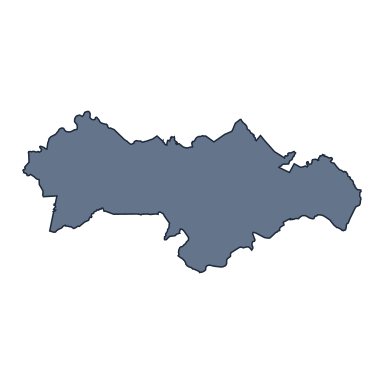 Jalpan, Puebla, Mexico
{"feature_id": "50627088B95329536813839", "entity_name": "Jalpan", "entity_type": "district", "adm_level": 2, "iso_a3": "MEX", "parent_name": "Mexico", "parent_adm1": "Puebla", "projection": "albers", "projection_center": [-97.872, 20.452], "detail": "fine", "context": "isolated", "style": "filled", "palette": "slate", "viewbox_px": 384, "rotation_deg": 0, "n_neighbors": 0, "source": "geoboundaries", "source_scale": "gbopen_adm2", "svg_char_len": 5999}
<svg xmlns="http://www.w3.org/2000/svg" viewBox="0 0 384 384"><path d="M23.7,172.6L26.5,173.7L27.1,175.4L28.0,175.7L28.9,175.5L30.6,174.4L34.0,176.6L36.5,178.9L39.1,179.6L39.3,184.5L42.8,190.6L43.0,191.4L42.8,195.3L43.4,196.7L56.9,195.9L55.2,204.1L54.3,204.0L53.9,205.0L55.0,205.5L55.7,206.8L54.2,208.5L54.3,208.8L53.5,209.4L54.3,210.3L55.6,210.2L55.3,210.7L53.3,211.6L53.6,211.9L49.7,231.0L53.7,232.2L55.0,232.2L56.0,231.6L56.3,230.9L58.7,229.2L61.0,228.3L62.4,227.3L62.7,226.4L65.0,225.2L65.4,225.3L65.5,226.0L67.6,226.1L69.9,226.8L70.9,226.6L73.6,228.5L75.1,228.0L77.9,226.2L79.4,226.4L84.5,222.1L88.6,220.3L89.2,218.6L90.1,217.1L91.5,217.4L91.8,216.6L91.3,215.1L91.7,213.9L93.5,213.4L94.2,211.9L96.7,210.7L97.0,209.8L98.8,210.1L99.4,209.0L101.0,209.2L102.0,208.0L102.9,208.2L104.1,211.3L105.2,211.1L113.6,214.2L136.7,214.0L138.3,214.1L141.2,214.8L141.9,214.2L145.0,214.1L147.2,214.0L150.5,214.5L155.8,213.9L158.1,214.3L158.0,213.2L159.3,211.9L160.9,212.4L163.4,214.0L164.5,216.2L169.6,223.4L169.2,224.3L169.0,227.6L167.7,229.4L167.4,231.4L165.9,233.5L165.6,234.4L165.9,235.7L165.4,236.5L164.6,236.7L164.4,238.8L164.6,239.7L166.1,239.7L166.8,239.3L167.0,238.8L169.7,236.4L175.1,235.7L176.6,234.2L179.8,233.2L179.4,232.7L179.6,231.4L180.4,229.0L182.6,229.6L184.3,231.4L188.7,237.8L188.4,238.8L188.5,239.9L188.3,240.3L186.5,241.9L185.5,243.7L183.8,245.0L183.2,245.8L182.3,246.5L180.8,246.9L179.9,247.5L178.8,250.0L178.5,252.5L179.0,254.7L178.1,255.8L180.9,257.9L181.8,258.2L184.4,260.7L185.7,262.8L185.9,264.3L187.3,265.9L188.6,266.7L191.5,267.7L192.6,269.0L194.0,269.1L198.2,271.0L199.6,271.9L199.6,272.5L202.4,272.0L204.0,271.2L205.5,270.0L206.0,266.8L207.0,265.8L208.3,265.3L210.2,265.2L214.1,266.2L220.8,267.0L222.8,266.8L225.0,265.9L225.7,265.4L226.6,263.7L226.7,260.2L227.2,258.9L230.1,256.7L230.5,256.2L230.5,254.4L230.9,252.8L239.6,247.3L241.5,247.1L243.0,247.8L243.6,247.8L246.2,247.0L248.5,246.9L249.9,248.0L251.7,250.1L252.9,248.1L252.8,246.9L251.9,245.2L252.1,243.0L252.4,242.1L252.9,241.6L254.4,241.3L255.0,240.0L252.8,234.2L252.8,232.9L253.2,232.4L254.1,232.5L256.2,233.2L264.6,237.6L268.8,238.2L270.0,237.9L275.9,232.4L276.9,232.2L277.9,231.1L279.2,230.7L279.8,230.3L279.4,229.1L280.2,227.5L281.2,226.6L284.0,225.0L283.2,222.3L290.1,218.6L290.2,218.9L289.6,219.1L289.6,219.5L290.1,219.7L291.2,219.6L291.4,219.1L292.3,219.5L292.7,219.5L293.0,219.1L294.0,219.3L295.5,218.5L298.6,218.7L299.4,217.6L302.3,215.6L305.6,215.7L309.6,218.0L312.5,218.8L313.8,218.6L314.4,217.7L314.6,216.4L316.8,215.9L317.7,214.8L321.8,215.1L324.6,216.4L329.8,219.9L333.9,225.1L336.9,227.6L337.9,227.6L340.9,229.2L342.0,230.3L342.9,230.3L343.2,230.7L345.1,230.1L345.7,229.3L346.1,228.0L346.5,224.4L347.1,223.6L348.1,223.2L349.8,218.9L355.1,208.1L356.0,206.7L359.2,205.3L359.7,204.7L360.3,203.0L360.4,200.7L360.9,199.2L360.8,197.9L359.7,196.3L359.9,192.5L361.0,191.5L360.8,190.0L357.7,189.7L356.6,189.0L355.4,187.2L354.8,186.7L354.8,185.5L353.6,184.2L353.5,183.0L352.7,180.7L350.2,178.8L350.1,178.1L350.3,177.7L349.7,176.9L348.0,176.4L347.4,173.8L345.8,172.0L345.8,171.7L344.3,171.5L343.8,172.0L341.3,170.3L339.6,169.9L336.6,166.6L334.0,163.1L332.2,162.9L330.5,161.6L330.8,160.8L332.2,159.7L332.3,159.0L332.0,158.1L331.1,157.6L329.0,158.0L326.6,156.6L324.4,156.3L324.6,155.2L323.6,155.3L323.4,154.8L322.7,154.5L321.8,155.7L320.5,155.8L320.3,156.2L319.9,156.1L319.8,156.7L318.9,157.8L318.5,158.8L318.6,160.3L317.8,160.5L317.1,159.6L316.7,159.7L315.5,159.2L312.6,159.7L312.2,160.2L311.8,162.9L311.4,163.8L309.4,164.4L308.4,163.1L308.1,161.8L307.3,161.7L306.7,162.5L306.6,163.7L307.9,165.9L307.4,166.8L306.9,166.8L305.5,166.0L305.0,166.1L302.9,166.9L300.6,167.3L294.2,163.8L289.5,172.5L278.9,167.4L279.7,166.5L281.4,165.9L281.8,165.0L283.1,164.2L288.6,164.0L289.7,161.0L292.0,159.5L292.9,157.1L294.1,156.1L294.4,154.8L295.6,153.0L294.0,151.5L291.0,152.8L288.7,153.0L287.8,153.8L288.0,155.3L287.3,155.9L285.3,155.8L284.6,157.1L284.5,157.9L274.5,151.7L264.7,140.7L260.5,135.5L256.4,140.5L256.2,140.0L255.4,140.0L255.3,138.2L254.8,137.4L253.7,136.5L254.1,135.3L253.6,134.6L253.2,134.9L251.8,133.2L250.8,133.0L249.4,130.3L248.5,130.1L247.1,128.8L246.9,126.7L245.6,124.7L243.0,122.6L241.7,120.9L241.1,119.6L240.3,119.4L235.3,123.3L232.7,129.7L231.7,131.4L224.7,134.4L213.9,141.9L205.7,136.0L203.9,136.1L202.8,135.7L200.5,136.5L198.5,136.5L196.6,137.6L195.1,139.6L194.6,140.9L193.6,141.4L192.5,141.5L192.6,142.6L191.8,142.8L191.8,143.4L192.5,146.9L190.5,147.1L187.4,148.0L185.0,147.6L182.9,146.8L179.1,143.7L176.9,144.4L176.8,143.8L176.1,143.9L175.8,143.2L177.2,142.7L177.0,142.3L174.9,140.6L174.4,139.8L174.6,138.4L174.3,136.8L173.9,137.1L172.7,137.2L171.3,136.4L171.5,136.6L170.6,137.8L171.0,138.1L169.7,140.3L169.7,140.9L168.0,140.3L167.6,140.7L166.9,143.4L166.9,145.0L165.9,144.9L164.7,144.1L164.2,142.8L163.1,142.2L163.0,140.6L162.6,141.1L157.0,136.0L152.7,139.0L145.5,141.5L144.6,141.5L143.2,142.1L142.0,142.1L140.7,141.0L137.8,141.0L136.5,140.6L135.5,140.9L134.2,141.8L133.8,143.4L133.1,143.4L132.0,144.1L130.5,144.2L127.9,142.2L127.4,141.5L124.4,139.6L114.1,129.6L110.4,128.0L109.6,128.3L108.8,128.1L107.7,126.9L107.5,125.3L106.4,124.2L104.8,124.1L101.3,123.0L99.9,121.9L99.0,120.1L96.9,117.5L96.2,117.2L95.5,117.6L95.2,118.3L95.1,119.3L94.4,119.7L92.3,119.6L91.2,119.0L89.9,117.6L90.2,113.8L89.5,112.3L88.7,111.5L87.1,111.5L84.7,112.4L83.3,115.4L82.2,116.5L80.0,115.2L79.2,115.1L76.4,116.1L75.2,117.7L74.6,119.7L74.6,121.8L76.7,124.3L77.1,125.3L77.3,128.0L76.9,129.4L74.1,129.9L72.0,131.2L69.7,132.0L66.3,131.6L64.8,130.4L63.6,128.3L61.5,128.0L59.3,129.2L58.3,131.0L55.6,134.3L50.7,136.9L49.1,138.7L48.6,140.9L47.8,142.9L46.9,149.1L45.9,149.0L44.1,147.6L41.6,146.5L40.3,146.3L39.8,146.6L39.9,147.4L41.6,149.8L41.0,151.1L39.3,152.2L38.1,151.5L36.9,152.0L35.2,151.9L34.2,151.4L32.7,151.4L31.7,151.8L30.2,151.5L28.7,151.7L28.4,152.6L28.8,154.5L29.0,162.3L24.7,167.1L25.2,168.5L25.0,168.9L24.2,169.6L23.6,169.6L23.1,170.1L23.0,170.5L23.8,171.8L23.7,172.6Z" fill="#64748b" stroke="#1e293b" stroke-width="1.5"/></svg>